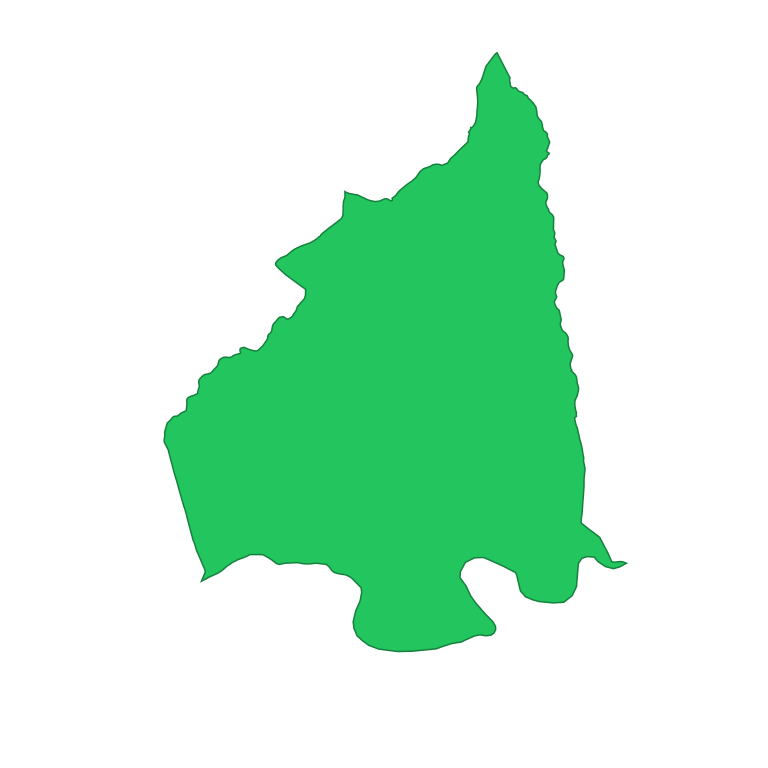 the district of Unguriu, Buzau, Romania, rotated 160°
{"feature_id": "2599482B64546801650648", "entity_name": "Unguriu", "entity_type": "district", "adm_level": 2, "iso_a3": "ROU", "parent_name": "Romania", "parent_adm1": "Buzau", "projection": "natural_earth1", "projection_center": [26.623, 45.27], "detail": "fine", "context": "isolated", "style": "filled", "palette": "green", "viewbox_px": 768, "rotation_deg": 160, "n_neighbors": 0, "source": "geoboundaries", "source_scale": "gbopen_adm2", "svg_char_len": 6159}
<svg xmlns="http://www.w3.org/2000/svg" viewBox="0 0 768 768"><g transform="rotate(160 384 384)"><path d="M354.9,578.2L356.5,573.6L357.1,572.5L359.5,569.5L361.6,565.0L362.7,561.8L364.8,556.8L366.3,555.0L367.9,553.8L382.5,549.3L391.1,546.4L391.9,546.0L393.3,544.8L394.0,544.6L394.9,544.6L395.8,543.9L400.8,542.6L405.0,541.9L413.7,542.0L419.1,541.6L422.6,541.1L425.7,540.2L431.4,538.1L437.9,537.8L441.2,536.7L443.8,535.3L444.5,534.3L445.0,533.1L444.7,531.7L442.7,527.3L438.7,519.8L425.3,499.8L426.6,496.4L427.7,493.8L429.3,491.9L430.4,490.9L432.4,489.7L433.0,489.6L435.1,488.5L437.1,487.2L437.8,486.9L438.3,486.8L439.5,485.7L439.9,484.9L440.8,483.9L441.9,482.7L443.6,481.5L445.6,480.4L445.5,480.0L447.2,478.8L448.5,478.3L451.0,477.9L452.3,477.9L453.0,478.4L453.7,479.1L455.1,481.3L456.1,481.9L459.2,482.4L459.8,482.3L461.0,481.8L464.2,479.8L467.2,478.4L469.1,476.4L471.4,472.3L472.6,471.2L473.9,470.5L475.1,470.2L476.2,469.5L477.0,468.5L477.2,467.6L477.9,466.6L479.6,465.0L484.9,461.3L491.2,458.6L491.9,458.6L492.9,458.8L494.6,459.6L498.9,462.5L503.0,466.3L504.3,466.5L506.0,466.6L507.1,466.3L507.9,464.9L508.0,463.6L508.3,462.4L508.5,462.1L508.9,461.9L513.7,462.4L516.4,462.1L517.9,461.4L518.8,461.7L520.2,461.7L521.4,462.4L523.5,463.3L525.1,463.8L526.3,463.9L528.1,463.7L530.1,463.1L531.3,462.2L533.6,458.7L534.2,458.1L535.2,457.5L538.8,455.8L542.5,453.8L543.6,453.6L545.3,453.6L549.4,454.2L552.6,453.3L553.7,452.6L555.5,451.8L556.8,450.5L557.3,449.5L557.8,448.0L558.2,445.0L559.1,444.1L561.3,441.0L562.2,439.0L563.1,438.7L565.3,438.5L567.5,438.4L569.7,438.6L572.6,438.2L574.1,437.4L575.0,436.0L575.6,433.8L576.6,431.4L578.0,428.5L578.9,426.9L579.2,426.5L584.9,426.1L587.6,424.9L589.6,424.6L591.7,425.3L593.2,425.3L594.2,424.9L596.8,423.2L601.0,421.5L604.6,416.6L606.9,413.3L606.8,412.3L608.4,408.9L609.0,408.0L609.8,406.5L610.3,404.3L609.2,394.9L609.5,394.3L611.5,372.5L611.7,368.9L611.9,366.7L611.9,364.9L612.1,361.9L612.8,354.0L614.0,336.3L613.8,336.1L614.5,326.3L614.7,326.2L616.8,302.5L616.6,298.8L617.1,291.1L616.8,288.4L615.9,271.2L616.1,268.9L617.0,267.6L623.0,261.1L613.4,262.4L604.8,263.0L599.7,264.2L594.1,266.4L587.6,268.1L581.5,268.9L573.7,268.9L568.2,269.5L556.2,265.1L552.2,260.5L549.3,256.6L546.4,252.0L544.2,250.3L538.1,249.4L526.4,245.7L520.9,242.5L516.1,240.6L508.8,238.7L499.9,234.2L498.0,230.8L496.8,226.3L495.2,223.9L491.7,221.3L485.0,217.6L481.3,213.6L479.6,210.2L475.2,200.4L476.2,195.9L480.7,188.2L488.0,180.7L494.3,171.1L495.8,164.6L495.4,156.6L492.3,150.6L487.7,143.6L479.6,136.7L462.6,127.9L449.3,123.4L425.7,117.3L418.9,117.3L408.9,116.9L399.7,115.1L394.1,115.7L385.2,116.3L379.7,115.5L374.0,112.4L369.2,111.4L365.7,112.5L363.1,114.9L362.1,118.2L363.0,123.4L367.8,134.0L372.8,147.1L375.0,155.1L376.0,166.1L378.8,176.2L376.4,181.5L368.5,188.6L358.3,189.7L349.8,186.9L345.8,183.2L334.5,172.3L324.8,161.7L324.7,158.8L326.6,142.8L323.7,135.5L318.2,130.5L312.8,126.6L300.1,120.5L289.7,117.4L279.5,120.8L272.5,127.7L262.8,148.7L257.8,152.5L252.1,152.3L245.8,149.5L243.6,143.9L238.4,136.7L231.5,132.0L225.2,131.5L217.5,132.7L219.9,134.8L221.4,135.8L223.2,136.5L228.7,137.8L230.8,139.2L231.4,148.6L233.6,164.6L233.6,165.8L239.3,174.9L239.8,175.4L245.7,185.0L246.0,185.8L246.0,186.7L245.7,187.7L244.7,189.9L242.0,194.9L237.5,205.1L235.1,210.3L231.1,219.3L228.6,226.1L225.5,232.7L224.1,235.3L222.9,243.1L222.5,244.3L221.6,246.1L221.0,250.1L219.9,255.7L219.2,260.6L219.0,264.8L217.8,273.6L217.4,277.0L217.6,279.9L216.6,286.8L216.2,287.2L214.2,287.7L213.7,290.0L212.9,291.2L212.9,293.7L212.1,298.0L211.2,301.0L210.1,303.1L208.6,304.8L206.8,306.5L204.1,310.4L203.1,312.3L202.4,314.2L202.0,319.4L201.3,322.1L200.8,324.6L200.9,326.2L201.3,327.7L203.5,332.4L202.8,332.7L203.2,334.5L202.7,337.0L202.1,339.4L197.8,345.0L197.1,346.2L196.9,347.6L197.9,352.2L197.7,355.7L197.4,358.0L196.7,360.2L196.7,361.0L195.5,363.0L195.0,365.8L195.5,368.5L196.4,370.7L197.4,372.1L198.1,373.5L198.2,379.1L197.4,380.9L195.5,383.7L194.3,392.1L194.3,393.6L195.7,396.4L196.2,399.7L195.9,403.0L192.2,406.4L191.9,406.8L191.9,410.5L190.9,412.8L187.8,416.7L185.1,419.3L183.2,419.9L180.6,420.3L179.6,420.9L178.5,422.8L175.6,429.2L175.0,435.4L174.2,437.9L172.2,440.0L171.8,441.0L171.8,441.8L172.3,442.9L175.0,445.7L175.8,447.9L175.6,457.0L174.0,458.6L173.4,459.7L173.7,461.6L173.9,463.9L171.8,467.6L171.8,469.7L172.0,471.1L167.5,482.6L167.9,485.4L169.5,488.2L169.9,489.9L169.9,490.9L169.7,491.7L170.2,494.6L170.3,497.9L169.7,499.6L167.1,502.4L166.5,503.4L165.7,505.9L165.6,507.7L169.5,514.6L169.6,515.7L170.4,517.3L170.4,519.4L170.2,521.0L167.6,524.2L164.9,529.7L162.7,535.6L162.1,536.6L160.3,538.4L158.3,539.8L157.3,540.3L155.3,540.5L154.1,540.8L153.0,541.7L152.0,543.0L151.3,543.5L150.1,543.8L149.9,544.6L151.8,547.0L151.3,547.9L149.3,549.8L148.3,551.3L145.6,554.5L145.9,560.8L145.0,562.8L145.1,563.5L145.7,565.3L147.2,567.3L147.4,568.3L147.0,572.0L146.5,573.5L146.5,575.7L146.3,576.6L148.2,581.8L148.1,584.6L147.3,587.5L146.5,592.2L147.7,597.0L149.3,600.8L150.7,603.2L150.7,605.4L151.1,606.1L152.7,607.6L153.3,608.4L153.6,609.1L153.7,610.1L155.3,611.5L156.6,612.5L157.7,613.5L158.4,616.5L158.8,617.0L159.2,617.4L161.7,618.0L162.5,619.4L163.1,620.0L163.2,620.4L162.0,626.9L160.9,628.4L164.5,656.6L165.9,656.2L168.6,654.8L179.1,647.9L180.5,646.4L187.0,638.0L189.2,635.7L190.7,634.3L192.3,633.1L193.5,632.5L195.1,631.3L195.8,630.2L196.4,628.3L197.2,624.5L198.9,618.6L200.0,615.6L201.9,611.3L203.4,608.4L204.8,604.8L206.3,602.2L207.9,599.5L208.8,598.3L209.9,597.3L212.5,595.3L213.9,595.1L214.8,595.3L215.1,594.4L216.1,593.2L218.4,591.8L218.1,590.2L220.4,586.9L221.7,583.9L222.5,582.7L233.9,577.7L239.9,574.8L244.3,573.1L248.3,570.1L249.7,569.7L252.2,569.8L254.0,569.6L255.3,570.0L257.3,571.6L258.9,572.4L259.8,572.7L263.1,573.3L266.1,572.7L269.4,572.6L271.3,572.8L273.2,572.8L277.5,571.3L281.6,568.4L282.2,567.8L285.2,566.4L289.0,564.9L290.7,564.6L293.9,563.7L303.2,560.4L305.6,559.1L308.1,557.4L311.0,556.2L312.7,555.9L313.3,553.7L313.7,553.6L314.5,553.6L315.5,554.4L317.3,556.5L318.4,557.3L320.5,557.8L325.4,557.4L329.9,558.4L334.9,561.5L337.5,563.9L344.3,570.8L346.1,571.7L351.5,574.9L353.9,577.0L354.9,578.2Z" fill="#22c55e" stroke="#15803d" stroke-width="1.5"/></g></svg>